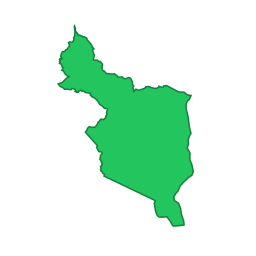 Guayama, Puerto Rico (Natural Earth projection), rotated 295°
{"feature_id": "32010507B40723553467953", "entity_name": "Guayama", "entity_type": "district", "adm_level": 2, "iso_a3": "PRI", "parent_name": "Puerto Rico", "parent_adm1": "", "projection": "natural_earth1", "projection_center": [-66.125, 18.011], "detail": "fine", "context": "isolated", "style": "filled", "palette": "green", "viewbox_px": 256, "rotation_deg": 295, "n_neighbors": 0, "source": "geoboundaries", "source_scale": "gbopen_adm2", "svg_char_len": 2999}
<svg xmlns="http://www.w3.org/2000/svg" viewBox="0 0 256 256"><g transform="rotate(295 128 128)"><path d="M106.2,91.1L101.8,101.2L99.2,107.5L97.4,107.8L97.0,108.0L96.6,108.4L94.3,111.4L95.0,114.3L93.2,115.5L91.7,114.6L87.7,115.8L86.8,118.0L85.9,117.9L84.9,119.5L82.5,120.1L81.6,119.3L80.1,120.5L78.5,120.8L77.6,121.7L77.5,122.8L76.4,123.9L75.9,126.4L74.3,126.5L74.2,127.6L74.1,149.4L74.0,155.5L73.9,168.0L73.8,174.3L73.7,183.4L71.0,183.6L66.9,186.3L63.6,188.8L62.8,189.5L61.6,190.8L60.5,193.1L60.6,194.2L62.1,197.6L63.5,199.6L63.9,200.9L61.5,205.5L58.6,209.5L58.3,210.8L62.7,218.2L63.8,219.8L67.1,217.9L72.5,212.8L77.3,209.7L81.2,205.6L81.9,200.7L85.2,198.5L88.3,199.0L88.6,199.0L92.3,200.0L97.0,199.8L97.7,199.8L98.9,200.2L100.8,200.8L101.2,200.9L102.6,201.4L108.0,203.5L108.5,203.7L110.4,204.8L112.2,205.9L112.5,205.8L115.3,205.7L116.2,205.6L121.4,201.7L121.6,201.5L124.0,199.0L125.2,197.7L128.7,195.9L129.0,195.8L131.4,194.9L132.6,193.3L135.0,190.1L139.3,189.5L142.9,187.5L147.2,187.1L149.9,187.3L153.5,184.3L156.0,182.5L161.5,179.0L163.7,177.6L170.2,172.4L174.7,170.5L177.9,170.5L179.5,171.5L180.6,171.5L184.1,171.4L183.3,169.1L183.4,168.5L183.3,166.4L183.9,165.0L184.2,163.8L182.1,158.7L182.5,151.3L182.6,148.7L182.7,147.5L182.7,146.7L182.7,144.9L181.3,142.6L179.8,142.5L179.1,140.8L178.9,138.4L178.2,138.8L176.1,137.2L174.9,134.6L174.3,129.1L172.8,126.6L171.3,126.5L169.2,124.5L166.7,121.7L166.5,118.7L163.7,117.8L166.9,115.2L168.4,115.5L169.2,113.8L171.4,112.7L174.1,109.4L174.1,107.4L171.6,104.9L171.0,103.3L171.9,101.4L169.9,97.6L170.7,96.3L171.4,92.7L170.4,91.4L168.3,85.2L169.5,82.5L169.5,80.7L171.7,78.4L172.5,79.0L175.1,77.9L176.6,74.6L175.9,73.1L176.6,71.7L175.0,68.2L175.7,67.5L179.9,66.8L180.3,66.0L183.9,62.8L185.4,63.7L186.3,61.6L187.4,60.5L188.8,58.1L190.5,54.2L192.1,52.3L192.2,50.1L191.4,48.4L191.9,47.7L191.7,44.6L191.0,43.6L192.2,42.5L193.7,39.3L196.1,38.2L197.7,36.5L196.8,36.6L195.3,37.9L194.3,38.1L192.0,39.9L191.4,39.5L188.9,40.8L186.8,40.5L185.2,41.7L183.0,41.5L181.8,40.7L181.5,38.9L180.9,38.3L180.3,37.9L177.6,40.5L176.0,39.8L173.7,39.6L172.4,38.4L171.1,38.4L169.7,37.3L169.6,36.4L167.8,36.2L164.7,36.6L163.5,37.6L163.4,38.8L161.9,38.8L162.7,38.7L161.8,37.0L161.1,36.9L160.7,38.1L159.1,37.8L158.5,39.0L157.7,38.6L157.5,40.8L156.5,42.0L155.5,42.3L155.2,44.0L152.3,43.5L152.4,44.5L152.4,45.3L150.5,47.9L149.4,51.3L149.5,52.8L146.5,50.9L141.8,49.4L138.4,46.1L137.0,49.0L137.1,50.5L137.0,52.2L136.3,54.1L137.1,55.7L137.4,56.5L138.6,60.2L140.2,60.6L140.6,63.3L139.6,65.1L138.7,64.6L138.6,66.0L139.4,67.9L140.8,67.9L142.5,69.4L141.8,70.7L142.9,72.2L142.1,74.2L143.5,79.3L141.9,79.9L141.9,81.0L141.0,81.7L141.2,84.5L140.5,86.9L139.3,89.6L137.3,92.7L137.1,95.2L135.8,98.5L136.7,100.6L136.7,101.2L136.5,101.5L132.6,102.1L131.3,103.3L129.2,102.8L128.2,103.7L127.0,102.9L125.3,102.4L124.8,100.0L124.2,99.4L121.8,99.1L120.6,98.4L119.2,98.7L116.4,98.2L114.6,97.4L113.3,94.9L112.8,92.2L110.6,91.4L109.2,91.7L106.2,91.1Z" fill="#22c55e" stroke="#15803d" stroke-width="1.5"/></g></svg>